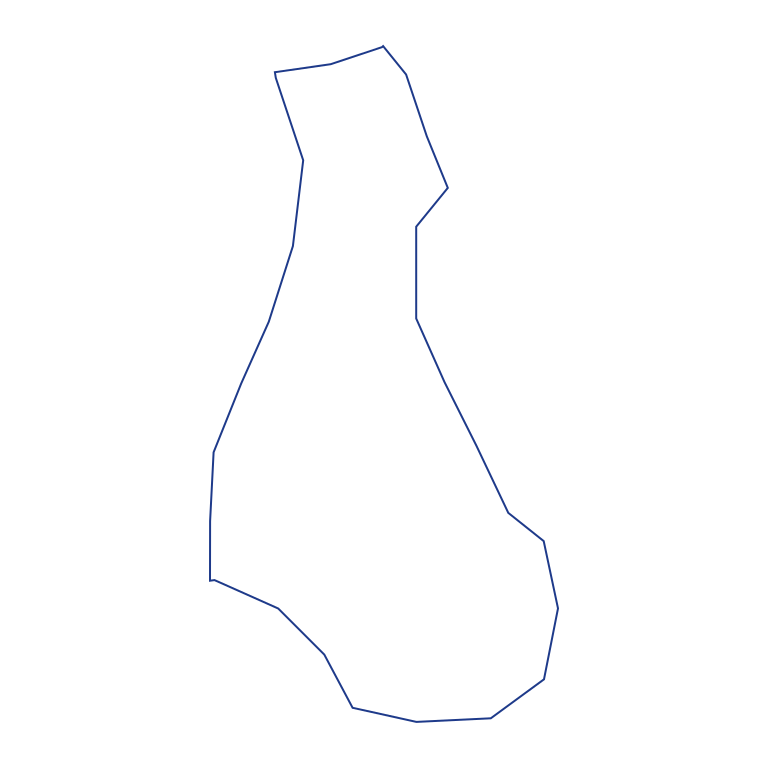 Sölvesborg, Blekinge, Sweden (orthographic projection)
{"feature_id": "70781695B90758337491220", "entity_name": "Sölvesborg", "entity_type": "district", "adm_level": 2, "iso_a3": "SWE", "parent_name": "Sweden", "parent_adm1": "Blekinge", "projection": "orthographic", "projection_center": [14.651, 56.115], "detail": "fine", "context": "isolated", "style": "outline", "palette": "blue", "viewbox_px": 768, "rotation_deg": 0, "n_neighbors": 0, "source": "geoboundaries", "source_scale": "gbopen_adm2", "svg_char_len": 481}
<svg xmlns="http://www.w3.org/2000/svg" viewBox="0 0 768 768"><path d="M210.0,580.7L214.5,580.1L278.2,608.5L324.3,654.6L352.6,707.8L416.4,721.9L490.8,718.3L544.0,679.3L558.0,608.4L543.7,541.1L508.3,512.9L476.4,445.7L444.5,382.1L416.2,318.5L416.2,226.7L447.8,187.9L426.8,136.3L406.1,74.5L383.1,46.1L382.1,47.1L330.7,64.2L274.9,72.2L275.8,77.9L303.2,160.3L292.9,246.1L268.8,321.7L241.2,383.5L213.6,452.3L210.1,521.1L210.0,580.7Z" fill="none" stroke="#1e3a8a" stroke-width="2"/></svg>